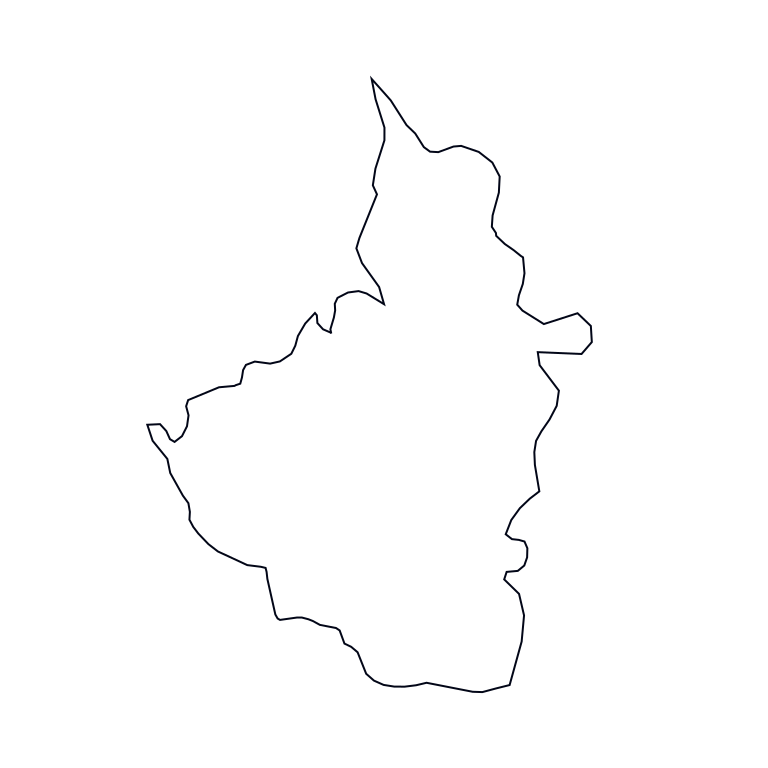 outline of Al Minufiyah, rotated 198°
{"feature_id": "EGY-1532", "entity_name": "Al Minufiyah", "entity_type": "Governorate", "adm_level": 1, "iso_a3": "EGY", "parent_name": "Egypt", "parent_adm1": "", "projection": "mercator", "projection_center": [31.025, 30.446], "detail": "fine", "context": "isolated", "style": "outline", "palette": "ink", "viewbox_px": 768, "rotation_deg": 198, "n_neighbors": 0, "source": "natural_earth", "source_scale": "10m", "svg_char_len": 1939}
<svg xmlns="http://www.w3.org/2000/svg" viewBox="0 0 768 768"><g transform="rotate(198 384 384)"><path d="M384.2,634.3L365.6,634.0L349.4,628.1L338.1,617.1L333.9,601.5L332.8,577.9L330.0,566.8L324.2,562.2L323.1,559.6L312.4,554.5L302.2,551.4L293.5,548.1L290.9,547.4L284.6,532.7L282.9,522.0L283.1,510.1L281.8,500.6L275.0,496.6L250.5,490.4L221.8,511.1L205.2,503.1L199.3,488.1L205.4,473.6L247.6,461.8L241.8,450.0L215.6,431.7L213.0,416.6L215.6,401.4L219.7,387.6L221.8,376.9L220.0,365.7L215.5,353.7L203.1,329.9L209.9,320.0L216.4,307.9L220.9,294.0L221.8,278.7L214.4,276.0L207.6,277.4L201.7,277.6L196.9,272.1L194.3,263.3L194.5,254.7L199.0,247.6L209.3,243.2L209.3,235.3L190.7,226.1L179.3,207.2L173.5,181.6L171.5,136.5L183.2,129.2L195.2,121.4L204.5,118.7L251.2,113.0L260.4,107.4L270.7,102.6L280.6,99.4L291.4,97.7L301.9,98.8L311.4,102.9L326.2,120.7L334.0,123.9L341.4,124.9L350.0,135.9L354.2,137.1L370.5,135.1L378.4,136.6L383.2,136.9L390.1,136.5L394.4,135.1L410.0,127.5L412.7,128.1L416.1,131.2L434.7,162.6L437.6,169.0L439.8,172.5L444.7,172.1L458.1,169.5L490.2,173.4L501.4,177.4L514.4,184.4L521.2,189.1L527.1,194.8L529.1,202.4L533.2,210.2L540.8,215.7L559.8,233.3L566.9,245.8L586.5,258.5L596.5,272.1L584.6,276.6L576.5,272.0L570.5,265.4L565.3,264.2L560.0,272.0L558.3,282.9L560.2,293.8L565.3,301.7L565.3,308.2L539.9,329.9L525.6,336.0L524.6,337.1L520.8,339.9L521.1,346.3L522.3,353.7L521.2,359.5L513.8,365.4L498.6,368.2L490.0,373.3L481.5,384.1L480.2,393.0L480.7,403.0L477.6,417.2L471.6,430.2L469.1,428.6L466.2,421.4L458.9,417.2L450.6,416.4L449.8,415.8L451.9,419.5L452.2,431.7L453.2,438.9L455.6,445.1L454.8,451.6L446.5,459.9L436.9,464.5L428.5,464.7L408.6,459.9L418.6,474.7L442.3,492.2L452.2,504.5L452.5,515.2L449.3,562.2L456.0,569.5L458.7,586.2L458.9,615.9L462.8,628.0L480.0,652.2L490.0,670.3L475.9,662.1L465.2,655.8L442.6,637.2L431.7,631.9L419.3,621.6L412.0,619.2L404.0,621.3L391.3,631.3L384.2,634.3Z" fill="none" stroke="#020617" stroke-width="2"/></g></svg>